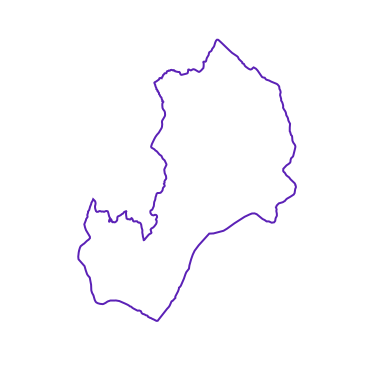 Khong, Champasak, Laos, rotated 211°
{"feature_id": "54806243B24917082255411", "entity_name": "Khong", "entity_type": "district", "adm_level": 2, "iso_a3": "LAO", "parent_name": "Laos", "parent_adm1": "Champasak", "projection": "natural_earth1", "projection_center": [106.019, 14.226], "detail": "fine", "context": "isolated", "style": "outline", "palette": "violet", "viewbox_px": 384, "rotation_deg": 211, "n_neighbors": 0, "source": "geoboundaries", "source_scale": "gbopen_adm2", "svg_char_len": 6093}
<svg xmlns="http://www.w3.org/2000/svg" viewBox="0 0 384 384"><g transform="rotate(211 192 192)"><path d="M273.0,134.9L272.7,133.2L272.7,131.1L272.2,129.6L271.8,126.9L270.9,123.8L271.0,121.6L270.5,120.9L269.9,118.3L269.1,117.5L268.7,116.8L268.8,114.4L268.4,113.1L267.7,108.9L265.5,106.6L263.2,104.7L257.2,101.5L256.4,101.0L255.8,100.0L255.7,99.8L256.1,97.7L256.5,97.0L257.0,95.6L257.9,92.2L258.4,91.2L259.5,88.3L259.4,86.7L258.7,83.9L258.0,81.9L256.2,78.0L254.8,76.1L254.4,75.8L245.9,73.1L242.7,70.1L239.7,67.6L238.4,66.9L235.6,66.0L230.7,60.5L227.7,55.9L227.0,55.2L225.6,54.0L223.2,52.6L219.9,49.5L218.2,48.4L217.3,48.1L215.7,48.1L213.4,48.7L210.8,49.9L210.2,50.5L209.0,52.4L208.0,54.6L206.1,56.9L201.2,59.9L198.1,61.1L192.0,61.9L189.1,62.2L187.4,62.2L186.5,62.0L185.5,62.3L184.7,62.3L183.4,62.0L182.0,62.0L178.1,62.2L177.2,62.4L176.4,63.2L174.9,63.5L174.2,63.4L173.1,62.5L172.2,62.2L171.3,62.2L169.7,62.6L168.0,62.6L166.8,63.0L166.3,63.0L165.1,62.3L163.7,62.6L163.0,62.5L162.2,62.8L160.4,62.8L159.6,63.0L156.2,63.2L155.1,63.9L153.2,79.0L152.7,81.3L152.6,83.2L153.2,87.6L153.1,88.0L152.6,88.6L151.7,92.7L152.3,93.4L152.5,94.3L152.8,99.5L153.3,102.1L153.9,103.3L153.4,104.6L153.3,106.0L154.3,113.6L155.3,118.2L155.6,120.3L155.1,124.7L156.4,127.7L158.1,133.9L159.1,138.8L159.5,143.1L158.8,149.9L155.8,165.2L152.3,167.5L145.0,175.0L143.1,178.6L139.5,187.0L134.1,197.9L131.1,202.4L129.5,204.5L127.3,205.9L125.1,206.3L117.7,205.2L115.2,205.4L113.0,205.2L111.0,206.4L108.0,206.7L107.4,207.1L106.0,208.3L105.8,210.1L106.8,212.5L107.0,215.3L108.1,217.1L110.0,219.2L110.4,220.5L111.2,221.3L112.2,222.1L112.1,222.3L112.1,223.0L112.3,223.4L112.4,224.1L111.7,227.0L109.1,229.8L108.5,230.7L108.3,231.3L107.8,232.1L107.5,234.1L107.1,235.3L105.2,238.7L103.5,242.2L103.5,243.9L105.1,247.8L105.3,249.4L106.0,250.5L107.1,251.2L107.2,251.6L108.6,252.4L114.0,253.6L116.5,254.6L117.2,254.6L119.7,254.9L122.6,256.4L123.4,256.4L124.4,256.8L124.8,257.2L125.5,258.6L125.7,259.0L125.5,259.8L124.7,263.5L123.5,266.1L123.0,267.8L123.3,268.9L124.0,270.3L124.3,271.4L124.4,271.9L123.8,274.1L123.8,275.0L126.0,282.2L126.6,283.9L127.1,284.6L128.3,285.5L130.6,286.5L131.9,287.4L132.4,287.8L134.6,290.9L135.3,291.6L136.5,291.9L138.9,294.1L139.5,294.4L141.5,297.8L143.1,301.0L145.6,302.5L146.6,303.3L147.4,304.3L148.5,305.2L150.6,306.3L152.3,308.2L153.3,309.0L154.4,309.6L155.4,310.0L157.3,311.1L158.2,312.8L159.0,313.7L160.8,315.3L162.7,316.3L163.6,317.8L166.3,320.3L166.9,321.5L167.2,322.8L168.0,323.9L168.9,324.7L170.0,325.3L171.7,327.4L173.9,328.2L175.1,328.3L181.0,327.4L183.2,327.3L186.1,326.6L186.9,326.7L188.5,327.4L190.0,326.8L191.3,326.7L198.3,329.9L200.6,330.6L202.8,330.6L203.4,330.5L203.9,329.1L203.9,328.5L204.3,327.8L204.8,327.2L205.7,326.9L207.1,326.8L210.6,327.1L211.9,327.5L213.5,328.5L215.1,328.3L215.8,329.1L220.3,330.1L222.3,331.4L223.5,331.6L229.3,331.9L232.7,332.6L244.0,335.2L247.5,335.9L248.2,335.9L249.0,335.4L249.3,334.3L249.2,333.0L249.0,331.8L248.2,328.7L248.1,327.8L248.4,325.1L248.1,323.3L248.2,322.6L249.1,320.8L249.0,319.8L248.3,318.0L248.3,314.6L248.0,313.3L247.5,312.0L247.4,311.2L247.6,310.6L248.8,310.0L249.2,309.5L249.1,309.0L248.1,308.1L246.8,305.8L246.1,304.1L246.8,300.8L247.5,298.9L248.3,298.4L252.5,298.4L253.8,298.1L254.6,297.4L255.3,296.0L255.7,295.6L257.8,295.4L258.2,294.9L257.4,293.1L257.0,291.8L257.1,291.4L257.7,290.6L261.2,287.1L261.7,286.9L262.3,286.9L264.1,288.2L264.8,288.3L265.4,287.9L266.6,287.4L268.6,286.8L268.9,287.0L270.1,286.7L270.2,287.1L270.4,287.1L270.7,286.7L271.0,286.4L271.6,286.4L272.5,286.1L273.3,285.4L273.5,284.5L274.5,284.1L274.6,283.6L275.1,283.2L275.6,282.5L275.2,280.9L275.5,280.3L276.4,279.8L276.6,279.5L276.7,278.0L277.0,277.3L276.6,275.6L276.9,274.7L276.6,273.9L278.0,273.4L278.5,272.8L278.5,272.4L278.2,272.0L278.3,271.3L279.6,268.3L280.5,266.8L280.5,266.2L279.7,265.5L279.0,265.2L278.3,264.3L277.8,264.0L277.5,263.6L276.1,262.7L275.5,261.8L274.6,261.8L273.7,260.8L272.9,260.9L272.5,260.3L271.3,259.9L270.8,259.0L269.7,258.6L268.3,257.6L266.8,257.2L265.7,256.0L264.1,255.1L264.1,254.9L264.4,254.7L264.2,254.4L263.0,254.3L263.1,253.7L263.0,253.4L262.9,252.4L262.1,251.0L260.6,248.9L259.5,248.1L257.3,247.2L256.3,246.4L254.8,244.3L254.4,243.3L254.3,241.8L254.3,237.8L253.9,236.7L252.4,234.7L251.3,232.4L251.0,231.0L251.0,225.7L251.5,223.1L251.7,220.5L251.6,218.1L251.1,212.6L250.5,210.1L250.3,209.7L249.6,209.2L246.2,209.2L244.6,208.7L243.8,208.8L242.7,208.6L239.3,207.4L236.8,207.2L234.3,205.5L231.7,205.0L228.3,202.7L227.9,202.1L227.4,197.2L227.0,196.5L225.0,194.0L222.5,192.3L221.1,190.4L221.0,189.7L221.2,187.9L220.9,186.4L220.3,185.9L220.2,185.1L220.3,184.5L219.1,183.8L218.7,183.4L218.5,182.8L218.9,181.3L218.9,180.4L218.2,178.5L218.1,177.6L218.5,175.3L219.0,174.7L221.1,173.3L221.4,172.2L220.8,170.1L220.6,168.9L219.6,166.5L219.2,163.9L217.5,160.3L217.3,159.0L217.0,156.4L217.9,154.8L217.8,154.2L217.5,153.5L216.6,152.5L215.3,151.9L214.4,151.7L213.3,152.0L212.8,152.3L212.0,153.4L211.0,153.8L210.6,153.8L209.7,153.4L209.0,152.5L208.8,150.2L208.7,149.7L207.8,149.4L207.3,148.9L206.6,147.6L206.3,146.1L206.6,143.2L207.0,141.6L208.0,139.8L208.1,138.4L205.8,136.2L205.8,135.7L206.1,135.0L206.5,134.5L207.1,133.2L207.8,129.2L208.2,126.3L208.5,125.9L208.8,126.0L209.5,127.0L211.3,128.7L212.0,129.7L213.7,131.6L214.9,133.8L216.8,135.5L218.8,137.9L220.1,138.7L220.8,138.8L221.7,138.6L221.9,138.3L222.9,138.2L224.1,138.6L225.1,138.0L226.6,136.8L227.4,136.8L229.2,138.2L230.3,138.5L230.5,138.2L230.6,136.8L231.1,136.4L231.9,136.3L233.1,135.6L234.4,135.6L236.7,138.4L238.1,140.6L238.3,141.5L238.6,141.6L239.8,140.0L240.1,137.8L240.8,136.8L241.2,135.4L243.0,132.7L242.9,131.8L241.7,129.5L241.7,127.9L242.5,126.3L243.2,125.9L244.2,125.7L244.4,125.3L245.2,125.3L246.4,126.4L246.9,126.7L247.5,124.1L247.9,124.0L248.4,125.0L248.6,126.6L248.9,127.5L250.3,128.3L253.0,131.0L254.2,132.0L255.3,131.8L256.2,131.1L257.2,129.7L258.2,129.5L259.5,128.6L260.6,128.4L261.6,127.9L262.3,126.7L263.3,126.0L264.5,126.2L266.4,127.9L267.2,128.9L267.9,130.0L268.2,131.2L268.8,132.6L269.6,133.6L270.6,134.3L273.0,134.9Z" fill="none" stroke="#5b21b6" stroke-width="2"/></g></svg>